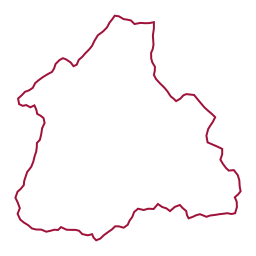 outline of Antônio Carlos, Santa Catarina, Brazil
{"feature_id": "56859067B23811775155613", "entity_name": "Antônio Carlos", "entity_type": "district", "adm_level": 2, "iso_a3": "BRA", "parent_name": "Brazil", "parent_adm1": "Santa Catarina", "projection": "mercator", "projection_center": [-48.829, -27.486], "detail": "fine", "context": "isolated", "style": "outline", "palette": "rose", "viewbox_px": 256, "rotation_deg": 0, "n_neighbors": 0, "source": "geoboundaries", "source_scale": "gbopen_adm2", "svg_char_len": 2102}
<svg xmlns="http://www.w3.org/2000/svg" viewBox="0 0 256 256"><path d="M20.2,219.5L23.8,222.5L28.2,225.2L32.0,228.5L36.1,229.5L41.3,229.6L46.2,231.7L49.6,231.0L54.5,229.7L58.0,230.0L61.0,227.1L66.5,229.7L71.4,229.9L75.5,229.9L79.0,230.7L82.3,234.1L87.8,235.3L92.1,234.2L93.5,237.5L96.2,240.3L100.3,238.6L103.7,235.3L108.2,232.0L112.1,229.3L115.1,226.3L118.6,226.3L123.7,227.7L127.7,224.8L129.6,220.6L132.3,216.9L134.1,212.1L138.0,208.7L143.7,210.0L148.3,208.7L153.6,209.0L157.9,204.0L162.2,207.0L166.5,208.4L170.0,211.1L174.8,206.9L179.9,205.0L182.8,208.2L186.2,211.0L187.0,215.2L188.6,218.3L192.6,216.9L196.2,215.2L200.0,214.2L203.3,215.5L206.4,216.8L210.1,215.5L214.5,215.0L219.4,214.2L222.8,213.8L227.2,213.2L231.6,214.0L235.1,213.2L236.9,207.2L236.7,201.7L234.8,197.3L238.2,194.3L240.6,191.3L239.7,186.5L239.3,180.2L237.8,175.2L233.8,170.1L228.8,170.6L225.9,167.9L223.0,164.0L220.4,159.7L222.2,154.2L222.2,148.9L218.7,147.2L207.6,142.4L206.4,135.7L208.2,129.0L210.3,125.6L212.6,122.3L215.2,117.2L211.5,113.6L208.6,111.2L204.3,107.3L201.1,103.5L198.1,99.9L194.1,95.0L189.8,94.5L186.4,94.1L183.4,95.3L180.3,98.7L176.1,101.1L173.4,98.5L170.7,96.4L167.4,91.3L164.5,87.8L160.0,83.4L156.0,79.0L153.9,74.9L154.8,70.8L154.9,66.7L152.3,62.4L151.2,58.4L151.1,52.9L152.7,49.2L153.5,44.7L153.2,40.1L152.9,35.4L153.9,28.4L153.9,22.2L149.3,23.1L144.9,23.2L140.5,22.9L134.5,24.0L131.0,20.5L127.6,19.7L123.6,19.1L118.9,16.3L114.7,15.7L112.6,18.8L109.5,22.7L107.0,27.4L103.1,31.4L97.8,35.3L94.3,41.1L92.1,45.8L89.0,49.6L85.0,53.6L82.3,56.8L78.8,59.8L76.7,64.7L73.5,66.2L70.7,62.5L66.1,59.4L62.9,58.2L59.4,60.1L55.5,64.1L54.1,68.5L52.0,71.9L47.8,74.1L42.6,77.3L38.4,80.4L35.2,83.1L32.8,87.8L29.1,90.3L25.0,91.8L21.7,95.3L18.1,98.5L19.1,104.1L22.6,105.8L26.3,105.1L30.3,107.3L34.4,105.4L36.3,109.6L37.2,113.9L40.4,115.6L43.5,118.0L44.6,122.9L42.1,128.3L41.3,133.9L39.9,139.8L36.9,143.0L36.8,147.0L36.2,151.6L34.6,156.3L33.3,161.7L31.2,166.9L27.2,172.0L25.5,177.0L24.2,181.0L23.8,185.1L20.6,189.0L17.5,191.8L15.4,197.7L17.8,202.7L19.8,208.2L17.6,213.8L20.2,219.5Z" fill="none" stroke="#9f1239" stroke-width="2"/></svg>